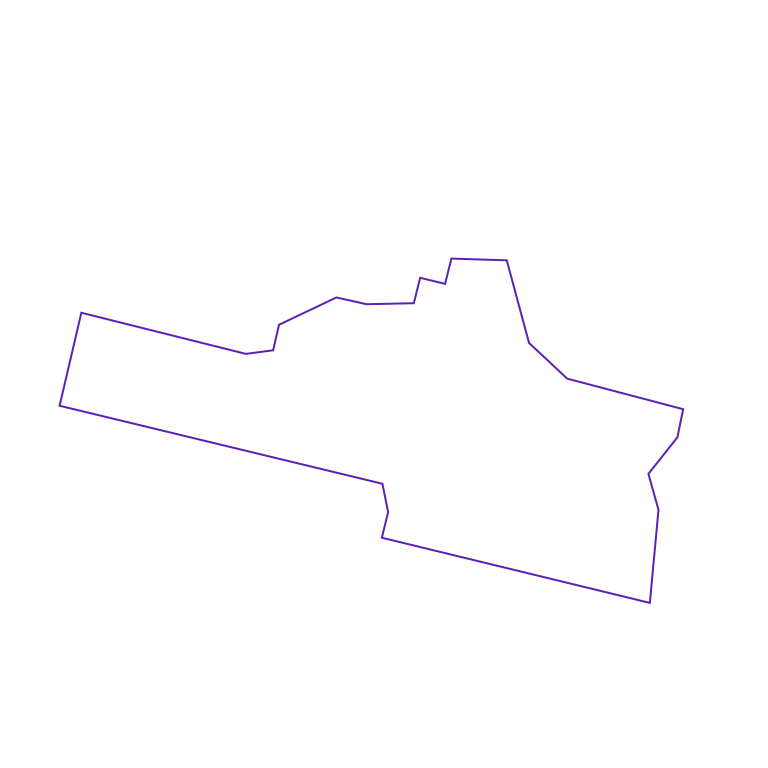 outline of Carson City, Nevada, United States of America, rotated 14°
{"feature_id": "52423323B56251326205746", "entity_name": "Carson City", "entity_type": "district", "adm_level": 2, "iso_a3": "USA", "parent_name": "United States of America", "parent_adm1": "Nevada", "projection": "equal_earth", "projection_center": [-119.737, 39.168], "detail": "fine", "context": "isolated", "style": "outline", "palette": "violet", "viewbox_px": 768, "rotation_deg": 14, "n_neighbors": 0, "source": "geoboundaries", "source_scale": "gbopen_adm2", "svg_char_len": 439}
<svg xmlns="http://www.w3.org/2000/svg" viewBox="0 0 768 768"><g transform="rotate(14 384 384)"><path d="M694.9,532.1L680.8,439.7L662.3,407.2L681.6,364.7L680.4,336.1L560.5,334.5L514.8,309.1L473.2,234.3L419.1,246.0L419.0,272.1L393.4,272.2L393.4,298.4L347.8,310.8L316.8,311.6L267.8,351.9L268.3,378.1L242.7,388.2L73.1,388.1L74.5,483.6L406.6,481.2L419.0,507.3L419.1,533.7L694.9,532.1Z" fill="none" stroke="#5b21b6" stroke-width="2"/></g></svg>